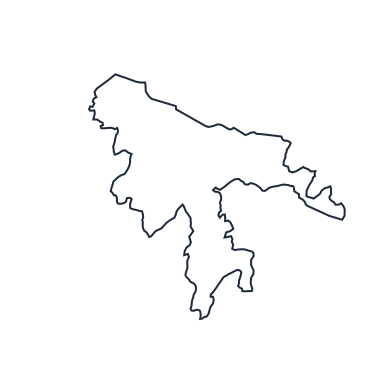 outline of Laje, Bahia, Brazil, rotated 36°
{"feature_id": "56859067B62767322131452", "entity_name": "Laje", "entity_type": "district", "adm_level": 2, "iso_a3": "BRA", "parent_name": "Brazil", "parent_adm1": "Bahia", "projection": "equal_earth", "projection_center": [-39.307, -13.182], "detail": "fine", "context": "isolated", "style": "outline", "palette": "slate", "viewbox_px": 384, "rotation_deg": 36, "n_neighbors": 0, "source": "geoboundaries", "source_scale": "gbopen_adm2", "svg_char_len": 4470}
<svg xmlns="http://www.w3.org/2000/svg" viewBox="0 0 384 384"><g transform="rotate(36 192 192)"><path d="M54.3,164.0L54.2,168.1L56.6,170.3L59.0,171.5L57.6,174.3L58.5,177.1L61.0,177.8L61.5,181.6L59.3,182.5L60.1,185.6L62.0,186.0L65.0,183.4L67.0,185.4L68.1,187.6L69.5,191.3L72.8,189.1L76.5,189.1L78.9,188.5L80.7,190.3L79.3,192.4L80.9,193.7L83.1,192.5L85.8,190.1L88.3,187.9L90.6,186.9L92.7,186.4L93.8,184.2L95.6,185.4L97.1,187.8L97.3,191.0L98.6,194.0L100.3,197.7L101.6,201.7L103.7,203.7L105.1,205.4L107.5,207.1L109.2,205.2L110.4,202.6L111.3,199.7L113.7,197.4L116.7,197.7L120.8,196.8L121.8,200.4L123.0,202.3L124.8,205.0L125.9,207.8L126.5,210.6L126.8,213.8L126.9,217.1L124.9,219.9L123.7,222.9L123.0,225.8L122.3,229.8L123.5,232.9L124.5,236.0L125.8,239.1L128.5,239.5L130.6,240.5L132.4,239.5L134.7,240.9L137.0,244.0L139.0,244.9L140.7,243.8L143.2,241.5L144.3,238.9L143.0,235.1L145.2,233.1L147.4,233.2L148.3,236.3L149.2,238.6L151.5,241.3L154.1,240.8L156.9,239.5L160.4,238.3L162.9,237.0L165.4,239.0L167.5,241.3L168.3,244.1L170.0,245.4L171.6,247.9L173.1,249.6L176.0,251.4L179.1,251.4L181.8,252.5L183.8,253.6L185.0,251.8L185.2,248.4L185.6,244.9L186.8,242.7L188.7,239.4L189.1,235.5L189.4,232.3L190.4,228.8L191.7,225.6L192.9,223.3L192.2,219.8L191.1,217.2L190.8,214.6L191.1,211.9L191.8,207.7L194.0,208.5L195.8,209.7L198.7,211.4L201.5,212.2L203.9,213.1L206.1,213.9L208.0,216.3L209.9,218.4L211.1,220.8L213.6,221.8L216.0,222.8L216.1,226.6L216.1,230.1L218.6,231.7L220.7,233.4L221.4,236.4L220.2,240.2L220.8,244.0L222.8,247.7L225.1,244.5L227.9,246.6L228.5,250.2L229.8,252.2L231.3,253.8L233.2,256.8L234.3,260.6L235.5,263.1L237.5,264.1L240.4,264.4L243.6,265.6L246.7,265.0L249.3,265.3L251.9,267.4L253.5,270.9L253.7,274.1L255.0,276.7L255.6,279.1L256.9,281.7L258.7,284.7L259.4,287.3L261.4,288.2L263.3,287.0L264.6,285.0L266.3,283.6L268.4,283.5L270.8,285.7L272.1,287.7L273.2,289.9L274.7,288.4L275.4,285.9L277.0,284.4L277.0,280.9L275.6,277.2L274.5,274.0L274.5,269.7L273.0,266.6L270.6,264.4L268.6,265.8L267.4,263.9L268.0,260.8L267.6,242.4L269.7,237.4L271.8,233.4L273.1,230.7L274.5,228.4L276.6,227.3L279.1,227.9L281.0,232.3L281.9,235.6L283.6,238.2L284.6,241.0L286.8,241.3L289.3,240.8L291.0,242.6L293.6,240.9L296.1,238.9L298.6,236.9L297.7,234.8L295.2,233.1L293.2,231.4L291.5,228.8L290.1,226.0L289.9,222.3L287.8,219.1L285.5,217.9L283.0,216.5L281.0,214.0L279.7,212.0L279.6,207.8L277.6,205.2L275.7,204.9L273.4,205.7L271.5,206.5L269.1,207.2L267.1,208.2L265.2,209.7L263.1,211.4L260.8,213.8L257.9,214.3L256.3,210.4L253.4,208.9L252.4,206.4L249.6,204.8L247.3,207.3L245.1,209.7L244.2,207.0L243.4,204.6L245.8,201.4L247.1,197.6L243.9,195.5L240.6,193.9L238.0,193.9L235.9,196.1L234.2,193.6L231.9,190.9L230.1,192.4L229.6,196.4L227.2,195.5L225.9,192.6L226.5,190.1L224.4,188.3L223.0,185.9L220.8,184.2L219.8,180.5L217.8,178.2L215.5,176.6L213.1,176.7L210.3,178.2L207.9,178.1L208.5,174.5L211.2,174.4L213.5,173.7L214.9,169.7L217.1,161.4L219.0,156.8L220.7,155.1L222.5,153.9L225.5,154.2L227.5,153.7L230.1,154.7L232.9,153.2L234.3,150.2L236.6,149.3L239.6,148.5L242.7,148.6L245.1,148.5L248.1,149.6L250.2,148.4L251.2,146.3L251.9,143.4L254.3,140.1L256.9,137.7L259.1,135.1L261.1,132.6L263.3,131.2L265.9,129.8L268.2,129.1L270.5,127.8L272.5,129.2L274.4,131.3L277.1,131.1L279.8,130.9L282.0,133.6L284.4,133.3L286.6,133.1L289.3,133.8L291.4,135.2L293.3,135.4L317.1,130.6L329.8,126.2L329.4,121.6L327.7,119.2L325.8,116.3L323.1,114.6L319.4,113.4L318.3,115.8L315.6,117.9L312.7,116.8L310.5,117.1L307.7,116.8L306.1,115.3L305.8,111.9L303.7,109.3L302.1,107.1L300.3,106.2L299.3,108.3L297.2,110.8L296.1,114.7L296.6,118.4L295.5,121.9L294.3,125.8L291.1,126.8L289.2,127.7L286.9,128.1L285.7,126.1L283.9,123.5L283.1,119.3L282.7,115.8L282.5,112.1L281.4,109.0L282.2,106.7L280.4,105.2L279.6,102.6L276.1,105.5L273.6,105.3L271.7,105.4L269.8,106.2L267.3,106.4L265.9,109.7L263.9,114.3L261.7,117.2L258.4,118.0L256.8,116.7L254.9,115.1L252.0,116.1L250.0,116.3L248.3,113.4L247.2,109.0L245.4,106.6L245.0,104.1L243.9,102.0L243.9,98.5L243.2,94.5L241.0,94.1L238.5,94.7L236.7,96.2L234.0,96.1L231.7,94.6L216.9,102.8L214.7,104.1L209.9,107.1L207.2,107.0L204.5,109.7L203.2,112.5L201.7,114.5L187.9,115.5L187.2,117.9L185.6,119.3L183.6,119.7L177.2,120.3L175.1,121.0L173.0,122.2L171.6,124.4L169.7,126.9L167.0,129.8L163.9,130.7L130.5,134.5L128.4,132.0L104.5,140.4L101.0,139.9L98.2,138.9L95.4,137.7L93.4,135.2L91.5,132.8L89.6,131.0L86.9,133.1L84.3,134.6L81.2,135.9L77.1,137.0L72.3,138.4L60.8,141.9L58.8,149.8L54.3,164.0Z" fill="none" stroke="#1e293b" stroke-width="2"/></g></svg>